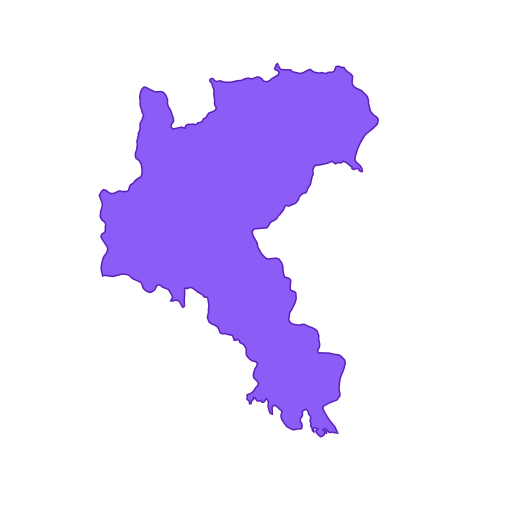 the district of Várzea da Palma, Minas Gerais, Brazil, rotated 165°
{"feature_id": "56859067B75648530569084", "entity_name": "Várzea da Palma", "entity_type": "district", "adm_level": 2, "iso_a3": "BRA", "parent_name": "Brazil", "parent_adm1": "Minas Gerais", "projection": "mercator", "projection_center": [-44.733, -17.417], "detail": "fine", "context": "isolated", "style": "filled", "palette": "violet", "viewbox_px": 512, "rotation_deg": 165, "n_neighbors": 0, "source": "geoboundaries", "source_scale": "gbopen_adm2", "svg_char_len": 6108}
<svg xmlns="http://www.w3.org/2000/svg" viewBox="0 0 512 512"><g transform="rotate(165 256 256)"><path d="M210.8,143.4L221.0,146.4L221.0,148.5L218.1,152.0L217.3,154.5L217.0,159.5L216.0,162.9L216.3,167.5L217.3,169.4L220.2,172.1L224.0,174.8L226.5,177.1L228.3,177.9L232.4,178.1L233.9,178.7L238.2,180.7L240.4,183.4L240.8,186.1L238.5,191.7L237.6,193.1L235.2,195.2L231.0,199.9L228.6,203.6L227.9,205.9L227.1,210.1L228.3,211.9L230.1,212.9L231.3,214.0L231.3,215.5L230.9,217.5L229.2,222.2L228.8,224.0L229.8,225.8L234.0,228.6L233.8,233.9L232.9,238.3L232.8,241.0L233.0,243.0L234.8,247.2L236.4,248.3L238.3,249.0L244.9,249.9L246.6,250.9L247.9,252.6L250.1,256.9L251.9,263.9L251.6,268.0L251.8,269.6L253.6,276.3L253.6,278.9L253.0,281.0L251.3,282.3L249.6,282.5L238.5,280.4L237.0,281.2L233.8,284.3L232.0,285.3L230.4,285.4L226.5,286.6L223.8,289.3L222.3,289.8L217.6,293.4L214.7,297.1L212.8,296.6L211.3,295.7L203.9,296.8L200.5,299.4L199.0,301.8L195.2,304.2L191.4,304.2L189.8,305.8L188.9,307.4L186.5,309.8L185.2,310.6L181.0,318.6L179.6,320.0L179.0,324.1L177.0,327.0L175.5,328.1L170.3,327.4L163.2,327.1L158.0,327.8L155.5,324.5L152.4,325.0L150.0,323.9L147.0,324.9L144.2,322.4L141.4,318.3L140.3,317.3L140.7,315.8L139.5,314.3L135.3,314.4L134.1,313.3L134.1,311.8L132.9,310.5L131.5,310.1L131.1,312.5L131.3,314.2L132.0,316.3L135.2,321.1L135.3,324.0L134.7,325.8L130.5,332.6L126.1,338.2L119.9,344.2L117.9,345.5L110.6,348.7L105.8,351.3L104.4,352.3L102.8,355.7L102.7,357.4L103.7,359.3L105.9,361.7L108.0,366.3L107.8,374.7L107.2,376.3L107.1,378.8L107.2,380.8L107.9,382.9L109.1,384.5L111.1,388.3L116.4,392.8L117.8,394.6L118.3,396.4L118.4,398.3L116.1,404.8L117.1,406.8L120.9,411.7L122.4,415.6L124.1,415.7L127.0,417.9L128.6,418.3L130.1,417.9L132.6,414.2L135.1,413.8L138.8,414.8L140.5,414.1L142.5,414.7L144.8,416.1L147.3,416.2L151.4,418.1L152.9,419.1L155.2,422.2L157.5,422.2L162.7,420.9L166.3,420.9L173.4,424.7L174.2,426.7L183.3,429.5L184.5,431.2L185.6,436.3L187.0,435.6L189.6,432.0L188.8,430.6L187.0,429.3L186.1,427.4L186.9,426.0L188.3,425.0L195.5,423.0L197.1,421.9L200.8,421.5L203.7,423.3L204.2,425.2L206.8,428.1L208.9,428.7L213.0,428.1L215.6,428.7L217.6,429.9L221.8,430.0L223.6,429.5L225.7,429.5L228.1,430.1L234.6,430.3L236.7,430.7L239.6,431.4L243.0,432.9L244.5,434.2L246.6,434.7L249.0,434.7L250.6,436.1L251.2,437.7L252.3,438.9L254.4,438.8L255.4,437.1L253.8,434.1L254.0,432.1L253.7,427.0L254.9,423.0L255.8,416.2L256.6,414.4L256.8,412.4L256.2,410.7L256.2,408.6L258.0,407.2L259.5,406.8L264.3,406.3L266.2,405.1L267.7,403.4L269.0,402.4L271.2,402.1L272.9,400.2L274.6,399.5L277.9,399.7L279.3,398.6L280.9,398.5L282.1,399.6L285.4,400.1L287.0,400.7L288.9,400.6L290.5,399.6L291.5,397.7L294.5,399.7L302.9,400.1L304.3,401.5L304.6,403.0L303.9,404.8L302.0,406.2L300.6,407.8L300.2,410.3L300.9,419.3L302.1,423.3L302.1,426.0L301.0,429.9L301.4,434.2L302.3,436.6L303.5,438.3L305.2,439.4L310.8,440.6L316.3,445.1L318.1,447.0L320.4,448.2L322.0,447.4L323.6,446.1L325.2,443.9L326.4,441.5L327.4,438.9L327.5,436.3L328.7,432.7L329.0,430.6L328.6,427.6L328.8,423.3L327.8,422.0L330.6,417.3L333.3,414.5L334.0,413.0L335.0,409.1L336.7,406.2L338.0,404.8L338.3,402.7L339.6,401.3L340.2,399.4L341.2,398.1L341.9,393.9L344.1,389.0L345.6,387.1L346.7,383.8L346.6,381.4L344.1,378.4L343.2,374.6L343.3,371.7L344.0,367.8L344.7,365.4L345.8,363.3L347.3,362.0L349.7,361.6L353.4,360.0L354.6,358.8L356.1,357.9L358.6,357.4L360.1,355.9L362.3,352.3L364.4,351.8L368.8,353.0L370.3,353.9L372.1,354.3L376.4,353.3L379.3,353.6L381.3,354.9L384.2,358.6L386.3,359.6L388.3,358.5L391.7,355.1L391.0,348.1L391.1,345.3L392.0,343.2L394.7,339.0L396.2,334.4L396.0,332.1L395.1,330.0L393.6,328.2L392.9,325.9L394.3,322.3L394.7,320.2L395.6,318.5L397.0,317.7L398.7,317.3L400.2,316.0L400.7,314.4L400.5,312.9L397.4,303.3L397.3,301.7L398.9,298.3L400.3,296.9L402.2,295.7L404.4,293.4L407.8,286.9L409.0,283.4L409.3,276.4L407.5,276.6L399.4,273.2L389.8,273.2L385.4,271.5L383.5,270.2L381.6,266.8L380.2,265.3L374.4,260.7L373.6,259.0L373.2,253.7L370.9,250.4L368.5,248.5L366.6,248.2L364.2,248.8L362.3,249.8L359.4,253.0L357.5,253.4L355.8,252.3L354.3,250.1L349.4,246.5L348.6,244.3L347.3,239.2L347.4,237.5L350.1,234.8L348.2,234.0L345.9,234.3L342.8,233.1L341.6,231.6L340.7,227.1L339.9,225.3L338.1,226.0L336.8,231.6L334.5,238.5L333.6,242.3L332.6,243.5L331.1,242.3L328.1,242.7L326.2,241.9L324.5,240.2L321.8,236.5L317.4,232.2L317.1,230.5L315.9,229.4L314.1,229.0L313.5,227.1L314.3,220.2L315.8,216.7L316.4,214.0L318.4,210.3L318.9,208.6L318.4,204.3L316.6,202.1L313.1,199.3L311.7,197.6L311.0,195.6L310.6,191.3L309.0,189.7L305.4,188.8L302.7,187.0L300.6,186.2L299.2,185.1L298.8,180.2L297.1,179.8L295.4,180.4L294.3,179.0L293.9,176.6L290.7,173.5L290.1,171.3L289.6,168.4L290.9,163.7L290.7,161.9L288.9,158.1L286.6,155.5L284.9,154.8L283.2,153.5L282.5,151.5L283.9,149.4L286.5,147.0L288.9,143.0L289.6,140.9L289.6,138.7L287.4,135.1L286.5,132.3L287.7,130.6L290.5,128.8L292.9,126.5L295.0,125.2L296.9,124.6L300.6,124.2L301.0,121.8L301.9,119.8L300.6,118.4L300.1,117.0L300.5,114.9L299.0,114.6L298.2,116.7L295.2,118.4L295.1,120.2L293.6,119.5L292.8,116.2L291.1,115.2L288.9,115.2L288.1,113.2L286.4,112.8L285.0,113.5L283.3,115.5L281.8,113.4L282.1,111.1L283.3,107.3L283.4,102.6L282.8,100.2L281.1,99.0L279.6,105.8L277.7,107.2L275.5,106.2L271.1,99.2L273.3,95.2L273.5,92.7L272.9,89.5L270.4,83.2L266.1,79.3L264.6,78.3L259.9,78.1L256.8,77.4L255.6,79.4L255.1,81.9L255.8,84.0L255.8,85.6L255.0,87.7L253.2,88.9L252.3,90.2L251.5,93.8L249.7,94.6L247.3,95.0L246.0,93.2L245.9,89.1L244.9,87.3L245.3,84.9L246.5,82.9L246.3,80.2L247.2,77.4L246.4,74.8L244.3,74.9L242.9,74.4L241.0,73.0L243.6,71.6L243.4,69.7L241.6,66.3L240.5,64.8L238.6,64.7L236.5,65.7L235.2,67.5L233.8,66.5L233.3,68.0L234.3,69.2L236.3,70.2L234.7,71.7L233.1,70.6L231.9,68.8L231.4,67.1L230.1,66.2L228.0,66.2L226.1,65.1L222.9,63.8L224.0,70.6L227.6,78.5L230.2,87.1L230.9,91.6L229.8,93.4L227.7,94.1L222.7,95.2L215.2,96.0L211.5,98.8L210.5,101.1L210.3,105.9L207.9,112.7L205.7,117.1L201.6,122.4L199.8,125.2L197.6,129.2L197.3,131.0L197.4,132.8L199.7,137.1L200.7,138.2L201.9,139.2L204.9,140.3L210.8,143.4ZM246.4,74.8L246.7,72.5L245.6,71.1L245.1,72.8L246.4,74.8Z" fill="#8b5cf6" stroke="#5b21b6" stroke-width="1.5"/></g></svg>